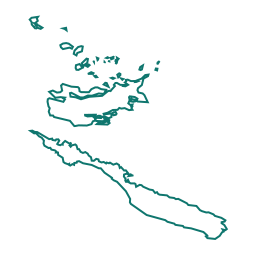 Maluku Tenggara, Maluku, Indonesia, rotated 94°
{"feature_id": "22746128B6545713511337", "entity_name": "Maluku Tenggara", "entity_type": "district", "adm_level": 2, "iso_a3": "IDN", "parent_name": "Indonesia", "parent_adm1": "Maluku", "projection": "mercator", "projection_center": [132.834, -5.655], "detail": "fine", "context": "isolated", "style": "outline", "palette": "teal", "viewbox_px": 256, "rotation_deg": 94, "n_neighbors": 0, "source": "geoboundaries", "source_scale": "gbopen_adm2", "svg_char_len": 5914}
<svg xmlns="http://www.w3.org/2000/svg" viewBox="0 0 256 256"><g transform="rotate(94 128 128)"><path d="M222.6,26.6L223.1,23.7L221.9,22.4L218.1,25.1L216.4,28.0L215.4,28.0L214.6,25.1L213.3,24.4L211.1,28.6L209.6,35.2L208.2,36.7L206.5,41.7L206.8,44.1L205.8,48.4L204.9,50.5L201.0,54.3L200.6,62.5L199.0,64.0L195.2,72.9L195.6,75.3L194.6,77.1L194.3,81.8L192.5,84.4L192.3,91.6L191.8,93.2L190.0,94.6L190.9,96.4L188.2,98.9L187.9,102.2L185.5,108.8L184.1,110.5L183.9,112.4L186.1,115.8L183.4,116.6L182.8,117.6L183.1,121.3L181.7,124.3L181.8,126.3L180.4,127.1L179.0,126.8L176.7,128.7L174.7,128.7L173.6,126.1L174.4,124.4L174.1,123.8L170.4,127.2L170.7,128.9L167.5,132.2L168.4,133.4L165.5,134.4L164.2,136.9L165.6,140.1L163.8,143.6L164.5,144.5L164.0,146.9L164.9,147.4L163.6,149.9L164.2,152.1L163.2,154.7L161.4,155.3L161.0,157.5L163.1,159.8L163.1,161.9L159.7,162.9L158.2,165.3L156.4,166.4L155.0,168.9L156.0,171.2L155.1,173.6L152.5,175.4L152.6,176.8L149.0,178.2L148.1,179.4L149.2,182.7L150.7,183.9L149.6,184.9L149.2,183.9L148.1,184.5L146.6,183.5L147.7,185.2L145.3,189.8L147.6,191.9L149.1,192.0L148.8,192.7L149.9,194.4L149.5,196.5L148.9,197.5L145.4,195.7L144.2,196.7L144.4,198.8L145.5,199.5L145.2,202.5L143.9,202.9L144.6,205.9L138.4,218.3L138.4,220.8L137.3,223.2L137.7,225.1L139.9,221.3L139.6,219.3L142.5,216.2L143.7,213.4L146.4,211.0L149.3,211.2L151.5,210.1L153.5,205.9L153.2,204.1L154.9,202.9L155.4,199.4L156.5,197.8L157.5,198.2L157.4,196.1L159.7,195.8L162.2,191.1L166.4,190.0L167.4,188.5L168.4,185.0L167.9,184.2L169.0,184.1L169.5,183.0L167.9,180.9L168.5,179.2L166.6,179.1L166.2,176.8L165.0,176.5L164.5,174.5L166.3,170.4L167.4,161.6L170.2,154.3L170.1,152.3L174.2,148.3L178.8,140.5L179.7,140.7L181.2,138.5L182.4,135.2L191.2,125.7L198.6,120.9L202.0,120.9L203.5,119.9L213.5,103.3L217.3,84.4L218.8,82.1L220.2,75.1L221.3,74.0L221.9,66.4L223.2,65.2L223.7,58.1L226.5,45.5L229.4,41.8L230.0,41.3L230.7,42.7L232.3,41.1L232.6,33.3L229.2,29.0L225.5,26.9L224.6,25.3L222.6,26.6ZM100.9,120.1L100.9,110.1L94.1,113.9L92.5,115.8L91.9,120.0L89.6,121.2L87.6,120.8L84.2,117.2L77.6,116.0L74.9,111.7L73.3,111.3L74.0,114.5L77.8,117.9L80.0,122.6L80.6,121.1L81.5,123.0L81.6,123.8L80.5,123.1L81.0,128.3L79.8,131.7L80.2,133.5L81.5,133.0L82.8,134.3L84.4,131.7L85.7,134.2L85.7,132.1L86.6,133.5L86.5,135.3L85.3,134.0L85.5,138.7L83.8,142.2L84.0,143.7L86.0,145.1L87.1,144.0L91.9,147.8L92.7,147.3L92.1,148.3L92.6,150.6L97.7,156.0L99.6,168.9L102.6,176.9L101.0,182.4L100.7,187.5L97.3,188.3L96.8,187.0L100.8,177.9L100.7,174.7L98.4,170.3L98.3,166.2L95.6,159.6L95.7,154.5L91.4,152.5L91.1,157.5L89.6,161.2L89.8,163.6L91.8,167.2L95.0,169.5L95.5,177.1L94.7,178.9L91.8,179.5L90.7,180.8L90.7,187.3L88.6,196.1L90.3,197.7L95.3,196.3L97.0,198.0L97.6,201.3L95.9,205.6L97.4,209.1L102.9,202.6L101.9,197.5L102.1,193.4L103.0,194.5L103.8,192.9L106.4,194.3L103.8,208.5L104.9,210.0L107.4,210.1L112.0,208.8L113.7,207.5L117.2,208.2L120.9,206.5L120.8,203.6L122.2,202.5L124.9,186.4L129.8,181.7L129.7,180.7L128.8,177.4L128.4,169.2L126.7,164.7L123.8,163.5L122.8,161.2L120.4,161.8L118.6,164.3L119.3,169.1L118.6,171.6L117.9,171.7L117.0,161.1L117.8,161.3L118.5,163.5L120.0,162.2L117.9,158.6L117.8,156.6L118.6,154.8L118.1,152.0L119.7,148.1L118.2,145.3L114.6,145.5L116.1,153.0L115.5,153.3L114.2,149.4L111.1,144.4L110.6,139.7L108.6,138.1L109.1,135.9L108.4,132.7L110.1,128.2L109.5,124.8L108.0,125.9L106.3,125.2L106.2,126.1L104.3,125.2L104.6,126.8L105.2,126.8L103.4,129.4L100.1,128.3L97.2,129.1L96.3,128.4L96.6,123.5L98.1,120.6L99.6,121.1L99.0,126.2L98.1,126.7L101.2,127.2L101.5,124.6L100.4,121.0L99.9,121.4L100.9,120.1ZM35.2,222.0L33.9,220.4L32.0,224.1L32.5,227.4L31.3,227.2L30.0,228.9L30.0,228.1L27.4,225.5L25.0,226.6L23.4,225.6L24.8,231.9L26.7,233.6L28.8,231.7L31.5,231.2L35.0,227.7L35.0,226.3L34.2,225.9L35.2,222.0ZM53.8,198.4L51.9,191.9L52.8,189.5L50.8,188.6L48.0,193.0L47.6,195.6L48.3,198.8L50.1,201.3L52.2,200.5L53.8,198.4ZM54.7,179.3L49.9,178.8L49.6,180.3L50.7,183.4L54.5,186.7L57.8,187.3L59.2,184.5L56.7,183.8L54.7,179.3ZM123.0,153.0L120.7,148.8L120.8,151.0L119.8,149.8L119.1,150.1L119.6,152.7L119.0,153.0L118.9,156.6L119.7,156.5L119.9,154.7L120.0,159.6L121.0,161.5L123.2,160.2L123.0,153.0ZM71.0,177.5L67.6,180.8L69.0,184.3L71.8,184.4L73.5,183.5L73.5,181.5L71.0,177.5ZM126.0,148.6L124.3,146.7L123.0,147.5L121.5,147.2L120.8,148.1L123.4,148.7L122.5,150.3L123.4,150.6L125.4,155.4L124.0,157.2L126.3,159.4L126.0,148.6ZM62.0,172.8L61.7,174.2L66.6,178.6L69.8,176.8L68.3,176.2L65.9,173.2L62.0,172.8ZM68.9,120.7L69.3,119.4L68.6,118.2L64.5,117.5L66.3,120.0L68.9,120.7ZM114.6,140.4L112.8,141.5L114.1,144.5L115.0,144.8L116.3,143.3L115.6,141.0L114.6,140.4ZM86.3,155.3L88.2,150.4L84.6,152.4L84.5,153.8L86.3,155.3ZM76.8,171.8L76.4,166.5L75.7,166.2L74.9,168.6L76.8,171.8ZM61.3,143.4L59.6,142.2L58.7,143.8L60.0,143.4L61.0,145.0L62.2,145.2L63.4,144.3L65.0,144.8L63.8,143.7L61.3,143.4ZM75.7,139.3L74.6,139.4L74.1,140.6L75.6,142.4L78.1,141.3L75.7,139.3ZM34.8,196.2L32.4,196.8L33.2,199.6L33.6,198.1L34.8,196.2ZM68.1,104.7L68.5,103.0L66.8,102.8L66.7,104.3L68.1,104.7ZM60.6,149.5L59.7,147.6L58.6,148.5L59.2,150.2L60.6,149.5ZM69.8,172.4L68.0,170.7L67.4,171.6L69.0,174.2L69.8,172.4ZM175.0,119.9L174.7,119.4L175.1,120.8L174.1,122.0L175.8,123.6L175.0,119.9ZM79.4,162.4L78.1,163.6L78.5,165.2L79.7,163.9L79.4,162.4ZM60.6,162.4L60.1,163.9L62.4,163.1L62.0,162.7L60.6,162.4ZM79.3,148.2L80.1,146.4L79.3,145.1L78.8,146.8L79.3,148.2ZM62.5,103.2L59.1,101.2L60.6,103.0L62.5,103.2ZM59.6,154.5L59.8,153.5L59.3,152.4L58.8,153.3L59.6,154.5ZM80.3,137.0L79.5,136.2L79.1,138.2L80.3,137.0ZM93.5,152.4L93.4,151.8L93.0,151.4L92.6,152.6L93.5,152.4ZM58.4,148.4L58.3,147.3L58.6,146.6L58.0,147.5L58.4,148.4ZM61.9,151.5L62.7,151.7L62.8,151.3L61.9,151.5ZM180.4,124.0L179.7,124.4L180.2,124.8L180.4,124.0ZM64.7,156.0L64.1,155.7L63.8,156.0L64.7,156.0ZM64.4,166.6L63.3,166.7L64.0,166.9L64.4,166.6ZM30.9,225.8L30.1,225.4L30.9,226.0L30.9,225.8ZM113.1,143.1L113.6,143.4L113.0,142.8L113.1,143.1Z" fill="none" stroke="#0f766e" stroke-width="2"/></g></svg>